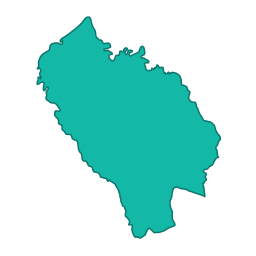 Namacurra, Zambezia, Mozambique (Natural Earth projection), rotated 182°
{"feature_id": "85939544B74893021327700", "entity_name": "Namacurra", "entity_type": "district", "adm_level": 2, "iso_a3": "MOZ", "parent_name": "Mozambique", "parent_adm1": "Zambezia", "projection": "natural_earth1", "projection_center": [37.083, -17.473], "detail": "fine", "context": "isolated", "style": "filled", "palette": "teal", "viewbox_px": 256, "rotation_deg": 182, "n_neighbors": 0, "source": "geoboundaries", "source_scale": "gbopen_adm2", "svg_char_len": 5846}
<svg xmlns="http://www.w3.org/2000/svg" viewBox="0 0 256 256"><g transform="rotate(182 128 128)"><path d="M123.9,31.4L120.3,31.2L120.2,30.1L120.6,27.6L120.5,26.3L119.6,23.4L117.9,19.9L116.5,19.1L114.6,19.4L112.9,18.7L112.0,18.5L111.5,18.6L108.9,20.3L107.1,21.8L106.4,23.7L105.0,27.0L104.2,28.0L103.5,28.4L103.0,28.6L98.2,24.3L92.7,24.9L88.0,26.7L84.8,29.0L83.1,29.9L79.8,31.2L77.9,32.1L77.7,33.2L78.1,34.4L80.0,37.6L80.5,39.0L80.8,42.1L80.8,45.9L81.2,47.0L82.4,49.1L83.5,54.1L83.5,56.1L81.9,60.6L81.6,64.7L80.7,68.6L80.2,69.5L79.1,70.3L77.5,70.7L76.4,70.6L75.2,70.0L73.1,69.3L67.7,68.7L64.6,67.1L61.2,66.3L60.7,66.0L51.3,63.3L49.0,62.2L48.8,63.3L49.0,63.8L50.4,72.5L51.2,74.2L51.3,75.0L51.0,75.3L50.4,75.5L49.1,77.7L48.4,78.2L48.0,78.8L47.9,79.6L48.4,80.5L48.6,80.6L49.0,81.1L49.1,81.8L48.3,83.7L48.2,84.7L48.7,85.4L50.9,86.8L51.2,87.4L51.1,88.0L50.9,88.5L50.2,89.1L47.7,89.7L47.1,89.9L46.3,91.0L45.4,92.3L42.7,93.7L41.5,95.6L39.5,100.1L38.0,101.4L36.6,102.0L37.2,102.7L37.5,103.4L38.3,108.7L39.5,110.8L39.6,111.4L39.2,112.3L37.8,114.5L37.2,117.1L37.0,117.6L35.5,119.5L35.4,120.0L35.4,121.1L35.8,122.6L36.2,123.3L38.3,125.6L40.3,128.9L41.4,132.7L42.3,134.1L44.4,136.0L46.2,137.0L46.7,137.2L47.2,137.1L49.8,137.7L52.5,137.9L54.7,141.7L57.0,144.8L59.4,150.6L60.0,151.2L60.3,151.7L60.5,152.5L60.5,153.5L60.9,154.7L61.4,155.6L61.8,156.0L64.9,156.2L65.9,156.6L66.7,157.2L68.0,158.8L68.4,159.7L68.5,160.7L67.8,164.0L67.4,165.3L67.7,166.6L67.9,166.9L69.4,167.7L69.8,168.5L70.6,170.9L71.2,171.5L72.5,172.0L74.0,172.6L75.2,172.6L75.7,173.0L76.1,174.2L76.4,175.7L76.4,177.1L76.7,178.6L77.4,180.7L78.2,181.8L79.5,183.2L81.8,184.4L85.3,185.2L87.0,184.6L87.5,183.8L88.1,183.6L88.3,184.4L89.4,184.3L89.4,185.1L89.7,185.1L90.7,183.9L92.4,183.3L92.7,183.8L92.7,184.4L93.0,184.5L93.8,184.1L94.1,184.3L94.6,187.5L95.0,188.3L95.0,189.5L96.3,189.9L98.3,189.4L98.6,189.4L99.1,189.9L99.9,191.2L100.3,191.6L101.1,192.0L101.4,191.7L101.7,189.7L102.2,189.5L103.3,189.4L103.3,188.2L104.0,187.5L104.5,188.1L105.4,188.1L106.1,188.6L106.3,188.5L106.6,186.4L109.6,186.1L110.6,186.2L111.3,186.5L112.3,187.7L112.5,188.4L112.5,189.8L113.6,191.7L113.7,192.6L113.1,193.6L111.7,193.9L109.9,193.9L109.5,194.7L109.6,195.5L111.0,196.6L112.4,197.1L114.6,198.5L115.2,198.6L116.9,198.5L117.3,198.8L117.5,199.7L117.1,200.4L114.4,201.9L113.9,203.0L113.9,204.5L114.8,208.6L115.4,209.4L116.4,210.1L116.9,210.2L117.4,209.9L118.2,208.9L119.1,206.9L119.5,204.9L119.8,204.4L127.4,200.3L128.2,200.1L128.7,200.2L129.3,201.0L129.3,202.3L129.1,202.8L128.4,203.4L126.9,204.2L126.5,204.5L126.4,205.3L126.8,205.5L128.1,205.9L129.6,205.7L130.1,205.4L130.5,204.6L131.8,201.6L132.2,201.3L132.5,201.4L133.4,202.0L133.8,202.8L133.7,203.3L132.3,205.4L131.4,206.2L131.2,206.9L131.4,207.4L131.6,207.6L133.2,208.0L134.8,206.6L135.1,205.8L135.2,204.4L135.6,204.0L138.0,204.6L138.5,204.6L138.7,204.4L139.0,203.9L139.2,201.4L139.4,200.6L139.9,200.2L141.8,200.3L142.3,200.1L143.0,199.2L143.5,197.1L144.1,195.7L144.5,195.3L145.7,194.6L146.7,194.6L148.6,196.5L149.6,198.4L149.7,199.2L149.5,200.1L148.3,200.7L146.6,201.2L146.3,201.4L146.3,202.0L147.7,203.2L149.1,203.7L150.6,204.8L151.7,204.8L153.5,204.1L153.9,204.2L154.8,205.7L154.0,206.1L150.8,207.0L148.5,208.0L148.3,208.6L148.3,209.2L148.9,211.0L149.7,211.8L150.4,212.1L152.4,212.0L154.3,211.5L155.5,211.7L155.9,212.0L157.5,214.8L158.4,214.7L159.2,214.9L160.5,215.7L162.4,217.2L163.2,218.6L163.5,219.7L163.6,221.0L164.1,223.5L164.8,225.1L165.9,226.5L167.1,228.7L168.4,232.5L168.8,234.8L169.7,236.7L170.2,237.3L170.8,237.5L172.7,237.3L174.7,235.9L177.3,232.0L179.8,229.2L182.7,226.4L190.8,219.6L194.0,217.2L196.7,215.5L198.1,214.2L198.6,213.4L198.7,212.9L198.7,211.8L198.5,211.6L197.8,211.8L196.5,212.8L196.4,210.6L197.0,209.6L197.5,209.4L198.7,209.3L200.6,210.3L202.1,210.5L204.1,210.4L207.1,209.4L208.2,208.4L208.6,207.6L209.2,203.8L209.9,202.5L212.0,201.4L215.2,199.2L215.8,198.8L217.2,197.2L218.5,195.0L219.3,192.4L219.8,190.5L219.8,190.0L219.4,188.5L219.5,186.6L219.8,185.5L220.6,184.6L220.5,184.1L220.1,183.9L219.2,184.7L218.7,184.7L218.1,184.3L217.1,182.5L217.0,182.0L217.9,180.3L218.2,178.9L217.9,177.8L216.9,176.3L216.7,174.7L217.0,174.3L218.5,175.7L219.0,175.8L219.5,175.6L219.7,175.0L219.3,173.0L220.3,170.7L220.3,169.3L220.1,168.5L219.4,168.6L217.7,169.7L216.5,170.6L215.7,170.9L214.6,170.8L213.6,170.3L213.4,169.2L213.8,167.4L214.0,164.2L213.9,163.5L213.4,162.6L213.1,162.5L212.5,162.7L211.2,165.1L210.4,166.1L209.6,166.1L209.1,165.7L208.9,165.2L209.1,164.4L210.8,161.6L211.0,161.0L210.4,157.9L210.4,157.5L211.0,155.6L211.0,154.8L210.8,154.2L210.4,153.6L209.2,152.7L206.0,150.6L205.3,150.4L202.5,150.4L201.3,149.8L199.7,148.4L197.0,144.6L196.5,143.5L196.6,142.6L196.9,142.5L197.4,142.4L200.4,142.6L200.9,142.5L201.5,141.9L201.7,140.8L201.7,139.2L201.6,138.4L201.1,137.3L198.1,134.3L197.7,132.9L197.6,130.8L197.3,130.0L196.8,129.5L194.6,128.5L194.2,128.0L193.9,127.2L194.0,125.3L193.8,124.4L193.0,123.4L191.3,122.2L189.9,119.9L189.0,119.5L186.0,119.6L185.1,119.4L184.3,118.3L183.2,115.3L181.7,114.5L179.4,113.9L178.2,112.8L177.5,110.6L176.8,105.4L176.4,104.3L175.9,103.2L174.8,101.6L173.8,100.8L173.5,100.3L173.0,98.2L172.9,96.1L172.3,94.3L171.6,93.7L171.1,93.5L169.6,93.5L168.7,93.2L168.2,92.8L166.2,89.1L165.5,88.6L163.1,88.0L162.4,87.5L161.3,84.0L160.8,83.2L160.3,82.9L157.7,82.6L156.1,81.9L155.2,81.1L154.4,79.7L154.1,78.7L153.6,78.0L152.6,77.7L151.2,77.6L150.3,77.1L148.3,76.8L147.6,76.4L146.7,74.7L146.3,74.2L146.0,74.1L145.6,74.3L145.2,75.1L144.7,75.4L143.3,74.1L139.0,71.6L138.4,70.6L137.5,68.8L136.4,67.5L135.6,65.8L135.0,65.1L134.8,63.3L134.0,61.7L133.7,60.6L133.6,58.8L132.7,56.8L132.5,54.3L131.3,52.0L130.8,50.3L130.6,50.0L129.8,49.8L129.0,49.3L128.2,46.9L127.2,45.3L127.1,44.4L127.7,41.6L127.6,40.6L127.3,39.7L127.2,39.4L126.1,38.7L124.9,37.5L124.0,36.4L123.1,34.5L123.9,31.4Z" fill="#14b8a6" stroke="#0f766e" stroke-width="1.5"/></g></svg>